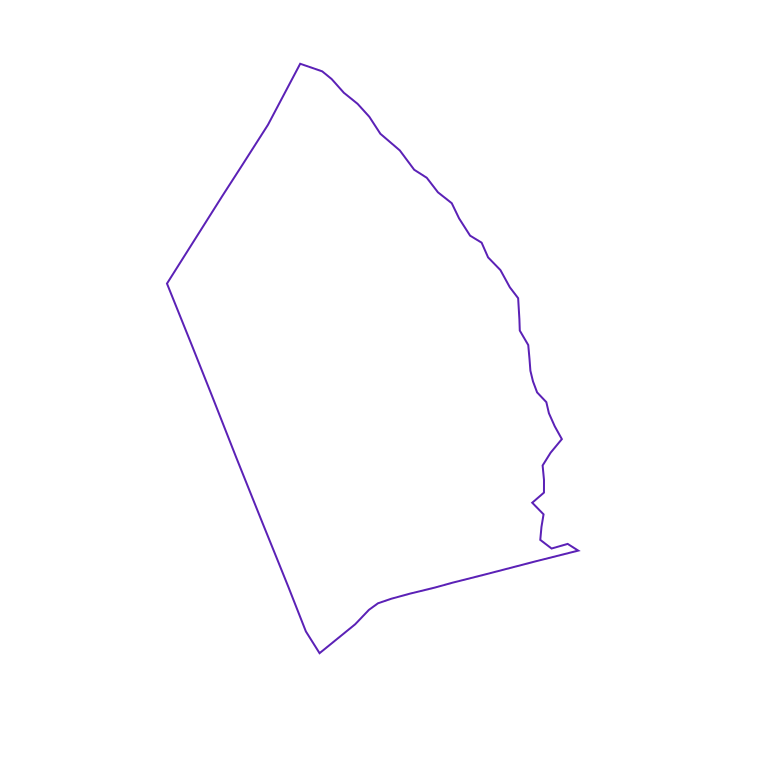 outline of Feira Nova, Pernambuco, Brazil, rotated 109°
{"feature_id": "56859067B25061969045755", "entity_name": "Feira Nova", "entity_type": "district", "adm_level": 2, "iso_a3": "BRA", "parent_name": "Brazil", "parent_adm1": "Pernambuco", "projection": "natural_earth1", "projection_center": [-35.384, -7.947], "detail": "fine", "context": "isolated", "style": "outline", "palette": "violet", "viewbox_px": 768, "rotation_deg": 109, "n_neighbors": 0, "source": "geoboundaries", "source_scale": "gbopen_adm2", "svg_char_len": 934}
<svg xmlns="http://www.w3.org/2000/svg" viewBox="0 0 768 768"><g transform="rotate(109 384 384)"><path d="M659.5,357.3L641.7,346.2L620.5,333.0L602.4,324.7L593.3,318.3L584.6,307.1L573.7,291.1L559.9,269.6L549.6,254.6L531.3,226.6L502.1,182.6L478.3,146.1L475.4,158.3L485.0,172.0L480.5,185.5L467.8,188.6L455.3,190.7L448.0,205.2L434.6,197.4L422.6,201.5L409.4,207.5L394.7,204.1L378.2,197.9L368.4,208.8L357.9,218.6L348.3,224.6L342.1,236.5L333.0,244.0L323.8,249.9L312.9,254.6L300.2,260.3L289.3,273.0L278.6,277.1L259.2,285.1L251.6,296.5L238.4,311.0L230.4,326.8L218.6,337.7L215.7,350.9L203.0,366.9L191.0,378.8L185.2,395.4L175.1,410.7L171.6,425.2L158.0,445.1L148.6,468.9L136.1,484.9L127.7,500.2L121.7,516.8L112.7,532.8L108.5,544.2L108.5,567.5L176.7,578.1L226.0,590.0L258.5,598.0L359.7,621.9L409.6,578.6L451.3,542.7L501.7,499.7L555.0,453.6L579.9,431.9L607.3,408.1L643.4,377.3L659.5,357.3Z" fill="none" stroke="#5b21b6" stroke-width="2"/></g></svg>